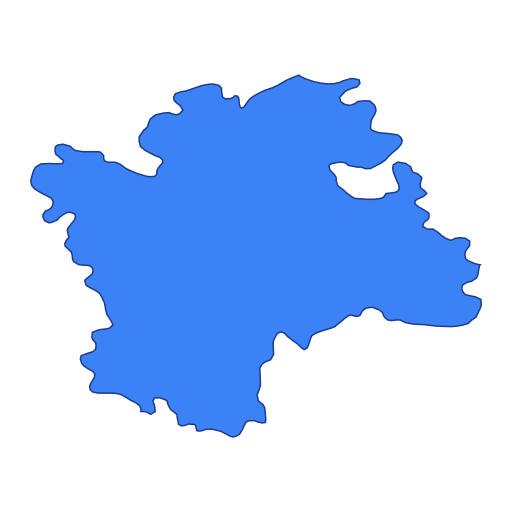 outline of Smalyavichy, Minsk, Belarus
{"feature_id": "67162791B46914171064537", "entity_name": "Smalyavichy", "entity_type": "district", "adm_level": 2, "iso_a3": "BLR", "parent_name": "Belarus", "parent_adm1": "Minsk", "projection": "equal_earth", "projection_center": [28.153, 53.988], "detail": "fine", "context": "isolated", "style": "filled", "palette": "blue", "viewbox_px": 512, "rotation_deg": 0, "n_neighbors": 0, "source": "geoboundaries", "source_scale": "gbopen_adm2", "svg_char_len": 5473}
<svg xmlns="http://www.w3.org/2000/svg" viewBox="0 0 512 512"><path d="M298.9,75.1L291.7,78.0L286.1,80.4L277.6,85.4L271.8,88.0L265.2,90.2L260.3,92.5L255.5,95.0L251.8,97.4L248.6,100.3L246.6,103.2L244.0,107.0L241.5,108.2L240.1,106.8L239.2,103.4L239.0,100.6L238.7,97.8L237.1,96.0L234.8,95.8L232.5,97.9L229.5,98.8L225.4,98.7L223.3,97.7L222.4,96.5L221.5,90.6L221.5,88.2L218.9,85.4L213.2,84.0L209.5,84.2L203.1,85.3L199.4,86.4L192.7,88.7L186.3,90.9L180.3,92.0L175.5,93.7L173.7,96.8L174.1,100.4L177.4,103.6L179.9,105.4L182.9,110.1L179.4,113.9L176.0,114.7L173.0,114.1L168.9,112.6L163.8,113.0L155.7,114.8L150.5,118.8L148.6,122.7L147.3,127.2L143.6,130.3L141.5,133.4L139.2,136.8L139.2,141.7L140.6,146.6L145.0,150.2L150.0,153.0L154.7,155.4L159.7,157.3L162.5,159.7L162.7,162.7L160.9,164.8L158.3,167.8L157.0,170.5L156.7,174.0L154.9,176.3L150.5,176.7L146.4,176.3L142.1,175.0L136.8,173.4L132.0,171.4L125.9,168.5L120.5,164.5L115.6,162.3L111.7,162.2L107.8,162.2L105.0,161.2L103.7,159.0L103.6,155.4L100.2,152.0L97.4,151.7L92.2,151.7L85.9,151.7L82.3,151.7L75.2,150.4L72.9,148.9L70.3,146.3L62.9,144.2L57.5,145.1L55.2,147.0L55.1,151.7L55.9,154.4L59.1,156.8L61.2,159.0L63.5,160.3L62.8,163.5L55.6,163.9L51.1,163.5L41.0,163.9L35.5,167.2L33.6,170.6L32.0,175.8L30.9,180.1L30.7,180.9L31.8,185.5L34.4,188.7L39.0,191.7L45.4,195.1L50.9,197.8L53.2,201.5L52.8,204.8L51.6,207.5L48.5,209.9L45.5,210.9L43.0,214.5L43.0,217.3L44.6,220.8L49.0,222.8L51.5,222.4L57.2,220.1L59.0,217.7L63.2,214.6L67.3,212.3L70.9,212.4L74.9,214.1L75.5,217.2L74.4,220.1L71.7,223.3L68.2,227.6L67.3,230.4L68.2,234.7L68.9,237.4L66.5,240.0L64.8,243.3L65.1,246.1L68.1,249.0L71.3,252.1L72.2,255.1L72.5,259.1L73.6,261.6L78.7,264.6L82.6,265.1L86.5,265.3L89.4,265.6L92.0,267.4L93.1,270.4L92.4,273.8L88.6,276.9L84.7,280.3L86.1,285.4L90.2,287.8L95.0,290.2L99.6,293.3L102.1,297.7L104.5,302.8L105.6,309.4L106.7,314.0L110.6,320.1L113.0,324.7L109.7,328.1L105.6,329.0L100.6,329.5L96.9,330.5L92.3,332.4L91.9,337.3L93.0,339.9L95.6,342.8L96.1,345.7L95.6,349.1L93.3,351.5L87.8,353.2L81.2,355.7L80.3,358.9L81.6,363.2L83.9,366.0L88.3,368.9L92.4,371.1L94.7,373.7L94.5,377.0L92.9,379.9L90.6,383.7L89.7,386.4L90.2,389.7L92.7,392.0L98.2,393.1L107.6,393.1L115.0,393.3L120.7,394.4L126.9,397.8L130.7,400.3L135.5,402.6L139.5,405.6L141.0,408.8L140.8,411.5L145.9,411.7L148.1,412.8L150.9,414.3L155.2,411.5L154.5,405.4L152.9,401.1L154.5,397.9L160.1,397.8L166.9,400.5L167.8,403.9L169.5,407.6L171.3,410.2L173.8,411.9L177.0,414.7L177.3,418.3L178.1,421.7L178.4,424.1L180.9,425.7L184.6,425.5L188.4,424.0L194.6,424.5L195.6,425.4L196.2,428.0L196.7,430.5L197.8,431.0L201.3,430.9L204.3,429.9L206.3,429.2L209.5,429.2L212.5,429.3L220.9,431.3L223.9,432.9L226.0,433.9L230.8,436.5L233.8,436.9L237.4,435.6L240.0,433.7L242.2,429.9L244.5,425.0L246.1,422.1L248.6,420.8L254.4,420.6L258.0,422.1L262.2,422.9L265.4,422.5L265.8,419.9L265.3,413.4L264.7,407.9L263.1,404.7L258.3,400.8L257.1,394.7L259.0,390.2L260.5,385.2L260.3,379.8L259.9,371.7L259.9,367.9L261.9,364.5L264.2,362.5L267.7,360.9L270.6,359.8L273.6,354.4L273.4,350.2L273.2,342.2L274.1,339.2L277.1,333.7L279.3,332.5L281.6,331.9L284.6,333.2L287.2,336.2L290.1,338.4L293.1,340.8L297.2,343.7L299.7,345.9L301.1,347.5L304.1,349.6L306.8,348.3L308.4,345.3L309.4,342.2L310.5,338.6L311.9,335.6L315.6,333.3L321.0,331.2L324.9,330.0L331.1,328.1L335.1,326.5L337.6,324.3L341.9,320.9L344.4,318.6L346.1,317.4L349.0,315.4L351.1,314.9L353.8,315.8L357.0,316.5L360.0,315.4L361.6,312.2L363.2,310.1L366.3,308.0L372.2,307.2L379.5,310.1L382.7,312.8L383.6,315.7L384.8,317.5L387.8,320.0L391.2,320.6L394.0,320.3L397.4,319.9L400.4,320.1L405.2,322.5L409.8,323.5L414.6,324.2L424.9,324.7L436.3,326.1L444.6,326.4L451.9,326.6L457.7,326.0L463.8,324.8L468.0,323.5L471.4,320.4L476.2,316.9L478.1,312.7L480.2,308.4L481.3,304.9L480.9,299.4L475.2,296.8L471.1,296.0L465.1,294.5L462.8,291.7L461.7,288.1L462.8,284.8L467.0,282.4L471.5,281.3L476.4,278.0L477.8,275.4L478.4,271.7L479.4,265.9L480.3,264.9L474.4,263.5L468.4,260.8L465.7,258.7L464.8,254.6L465.7,250.8L468.0,247.7L469.6,245.6L469.8,241.2L465.5,238.3L460.2,237.7L455.2,238.3L452.4,239.9L450.3,240.2L445.7,238.3L441.9,235.7L438.7,232.9L433.1,229.1L427.2,229.1L422.6,226.3L424.0,222.3L427.7,219.7L429.0,217.7L428.9,213.2L423.8,209.8L417.6,206.3L414.9,203.5L415.1,200.8L418.5,198.6L423.4,196.5L426.8,193.5L424.5,190.7L420.6,187.9L420.2,183.9L421.3,179.7L421.8,177.5L417.5,173.7L413.1,172.5L411.1,168.5L410.8,166.9L405.6,163.4L397.9,162.1L393.3,164.8L392.7,168.4L393.4,172.2L395.0,176.3L396.5,180.0L398.6,184.7L399.3,188.3L397.9,191.2L395.4,192.3L389.6,193.1L386.0,193.5L383.4,197.4L380.7,198.4L373.5,199.3L367.8,199.3L360.7,198.8L354.7,198.4L350.8,196.1L346.2,192.5L342.3,189.1L337.7,185.6L336.2,180.8L336.2,177.7L334.5,174.7L332.5,172.7L329.9,169.7L329.0,166.1L330.2,164.1L336.6,162.6L340.7,162.1L345.3,162.8L348.3,165.4L352.0,166.1L357.0,167.1L361.4,167.1L365.3,168.7L370.6,168.5L374.0,166.6L380.0,163.6L382.8,161.9L385.8,159.6L388.1,156.8L393.2,152.0L396.6,149.4L399.6,146.1L401.5,143.6L402.1,140.0L400.8,137.4L397.6,134.8L393.7,134.3L388.4,133.5L381.3,133.0L378.5,132.6L372.0,130.3L370.5,128.6L370.7,124.6L371.4,120.1L373.4,116.4L375.1,113.5L376.0,110.4L375.3,106.7L373.7,104.3L369.8,101.0L364.1,100.8L357.6,101.5L355.3,103.4L350.5,105.4L345.0,104.5L340.8,101.8L339.5,97.6L342.9,93.8L345.5,91.1L351.4,88.5L356.9,86.9L359.9,83.4L359.1,79.9L353.7,78.6L350.8,78.6L342.9,80.9L339.2,82.6L333.0,83.8L326.6,83.8L319.9,83.0L313.3,81.5L305.7,78.9L300.4,76.4L298.9,75.1Z" fill="#3b82f6" stroke="#1e3a8a" stroke-width="1.5"/></svg>